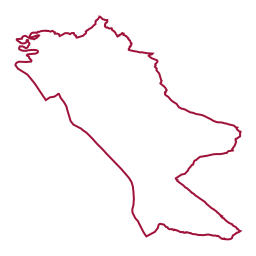 outline of Fet nor, Akershus, Norway
{"feature_id": "86288312B34896382200122", "entity_name": "Fet nor", "entity_type": "district", "adm_level": 2, "iso_a3": "NOR", "parent_name": "Norway", "parent_adm1": "Akershus", "projection": "equal_earth", "projection_center": [11.264, 59.871], "detail": "fine", "context": "isolated", "style": "outline", "palette": "rose", "viewbox_px": 256, "rotation_deg": 0, "n_neighbors": 0, "source": "geoboundaries", "source_scale": "gbopen_adm2", "svg_char_len": 5663}
<svg xmlns="http://www.w3.org/2000/svg" viewBox="0 0 256 256"><path d="M92.2,138.4L96.9,143.7L103.1,149.9L106.9,154.1L121.5,169.2L129.1,178.1L131.5,182.1L132.8,186.3L133.4,191.2L133.9,199.0L133.4,205.3L132.3,209.4L132.4,211.8L132.6,212.8L135.1,217.9L136.4,219.5L137.9,221.0L138.8,223.0L143.3,231.8L145.1,234.7L146.4,236.4L154.9,231.8L157.7,228.2L158.7,224.8L159.4,224.1L160.4,223.8L162.3,224.3L163.2,224.3L164.2,224.8L164.9,225.8L166.1,226.9L167.6,227.4L167.9,228.2L169.3,229.2L171.9,229.1L172.3,229.5L173.6,229.6L173.7,230.0L174.6,229.6L175.0,229.8L174.8,230.0L176.6,230.2L177.0,230.6L178.1,230.8L180.3,232.1L181.7,232.0L182.6,232.3L183.3,232.0L183.6,232.2L183.7,232.5L184.1,232.8L185.3,232.5L185.8,232.7L185.9,232.4L186.2,232.2L187.8,232.4L189.7,233.1L190.7,233.0L191.1,233.5L192.6,234.0L196.3,234.4L198.2,235.0L199.7,234.9L202.8,235.2L208.2,234.5L213.5,235.6L215.9,235.6L217.1,236.1L218.2,235.9L221.5,238.6L222.3,238.8L224.5,238.5L224.8,238.8L224.5,239.1L225.4,239.2L228.0,239.4L230.1,239.1L231.3,238.6L232.0,238.0L232.4,236.6L233.2,235.2L234.9,234.3L236.7,232.7L237.0,232.8L238.0,232.4L238.6,232.3L240.3,231.1L239.2,230.8L238.2,229.3L237.1,228.8L237.2,228.6L236.0,227.2L232.6,225.3L232.5,224.5L232.2,224.3L229.0,222.9L226.7,221.2L224.6,219.3L224.2,218.6L223.3,218.3L222.1,217.5L221.8,217.1L221.9,216.9L222.2,216.8L222.1,216.6L221.6,216.4L221.8,216.2L221.2,216.0L221.3,215.8L220.7,215.6L220.7,215.3L219.5,214.4L218.3,213.0L217.1,212.4L216.7,211.6L213.3,209.1L212.4,208.7L210.2,207.0L206.0,203.4L205.6,202.6L204.9,201.9L198.7,197.7L197.7,196.8L196.1,196.0L195.2,195.1L194.7,194.9L194.5,194.4L194.0,194.2L193.4,193.5L191.9,192.9L191.8,192.5L190.8,191.9L190.8,191.7L189.6,190.5L188.4,189.6L187.2,188.4L185.0,187.2L183.5,185.5L179.2,182.4L178.1,181.3L177.6,181.2L177.7,180.9L177.2,180.2L177.3,180.0L176.4,179.6L175.8,178.3L177.0,177.5L177.7,177.2L178.9,176.2L180.6,175.3L181.2,174.6L184.8,173.9L188.0,170.5L188.7,168.8L191.6,165.5L191.8,165.0L193.2,164.5L193.5,162.9L194.5,160.7L196.3,159.9L199.4,157.2L200.8,156.7L203.4,156.4L204.5,156.0L205.5,156.1L213.3,154.3L217.9,154.0L219.2,154.2L222.8,153.7L225.6,153.0L226.6,153.0L227.3,152.4L227.6,151.7L228.6,151.1L230.3,150.9L231.4,150.6L232.5,150.6L232.5,150.4L232.8,150.2L232.1,149.4L232.2,149.0L233.0,148.2L233.2,147.5L233.6,147.0L234.4,146.2L235.7,143.2L235.8,142.1L236.1,141.6L235.5,140.1L235.7,138.9L237.0,138.6L237.4,138.1L239.9,136.5L240.2,135.9L240.0,133.9L240.6,131.8L240.5,131.6L239.5,131.6L238.1,130.4L236.9,129.2L236.5,128.4L237.2,127.6L235.8,127.2L234.8,126.5L234.0,125.6L228.1,124.2L225.8,123.4L224.5,123.3L222.0,122.5L217.0,122.2L213.5,120.9L210.7,119.2L203.7,115.7L201.8,115.0L196.2,114.0L193.0,112.8L190.2,112.3L184.6,109.3L181.2,108.5L180.2,107.8L178.9,107.3L176.6,103.9L172.9,101.6L170.7,99.8L168.3,96.9L165.6,95.1L165.1,94.5L165.2,93.5L164.9,93.1L164.8,92.5L165.1,92.1L165.9,91.9L166.0,91.0L166.7,90.2L165.4,87.9L164.0,86.4L160.4,83.5L160.7,82.5L161.2,82.1L161.3,81.2L161.6,80.6L161.2,80.2L159.2,73.5L156.9,70.8L156.4,70.0L156.7,68.6L156.2,68.0L155.2,67.2L154.9,66.7L155.7,65.5L155.2,64.6L155.3,64.0L156.1,63.4L157.4,61.8L157.3,60.7L157.0,60.3L156.1,59.9L152.1,58.4L149.8,56.9L148.7,55.8L149.4,55.0L152.1,54.2L152.6,53.6L147.0,53.2L142.0,52.3L139.6,52.3L137.4,51.7L132.8,50.9L129.0,50.0L128.8,49.9L128.7,49.1L129.8,47.3L130.4,46.5L130.0,46.3L131.4,44.7L131.4,44.1L131.0,43.6L131.4,43.2L130.5,42.1L130.0,40.5L129.6,40.2L129.2,40.1L128.4,39.1L128.2,38.8L128.4,38.3L127.8,37.9L127.5,37.4L126.6,36.8L126.4,36.2L125.6,36.0L124.8,35.3L123.5,35.0L123.3,34.5L123.6,33.7L122.5,33.5L122.4,33.1L121.8,33.3L121.5,33.8L120.5,34.7L119.3,34.9L118.8,35.4L118.9,35.6L118.4,35.7L118.0,36.3L117.5,36.5L114.9,32.1L114.6,32.0L113.8,30.9L112.6,30.4L112.1,29.9L111.8,28.4L111.4,28.2L110.2,28.6L109.1,28.4L107.3,27.4L106.9,27.6L106.0,27.4L105.2,26.7L104.9,26.1L105.2,25.6L105.0,25.4L105.0,24.6L105.3,24.0L105.3,23.4L105.7,23.0L106.5,22.7L107.0,22.1L107.4,21.2L107.2,20.8L107.2,20.0L105.3,20.2L104.1,19.5L102.6,19.2L101.4,17.8L100.0,16.7L99.5,16.6L99.5,17.0L97.7,19.4L95.8,20.7L95.8,21.6L95.4,22.3L95.5,24.1L93.6,25.5L91.7,27.6L89.0,29.1L87.9,30.0L87.1,30.3L86.5,31.1L85.8,31.4L86.1,32.0L85.7,33.6L84.5,34.3L83.2,35.7L77.8,37.4L76.6,37.6L76.2,36.3L75.8,36.2L75.9,35.7L75.7,35.4L75.2,35.4L74.2,34.5L74.0,33.5L73.7,33.0L71.7,33.1L69.8,34.2L68.5,33.3L65.5,33.1L64.4,33.5L63.2,34.3L59.6,36.1L59.3,35.6L59.2,34.6L58.9,34.2L57.3,33.6L54.8,33.7L54.4,32.4L54.6,32.2L53.8,31.8L52.6,30.9L51.5,31.1L50.6,31.6L48.3,30.9L47.6,31.0L46.5,30.7L46.4,30.9L44.0,30.7L40.7,31.2L39.1,31.9L38.0,31.8L37.4,32.2L37.5,32.4L37.3,32.7L36.5,32.9L35.5,32.5L34.3,32.8L33.1,32.6L31.7,33.1L30.9,33.8L29.8,36.0L29.8,36.5L30.5,37.0L31.9,37.3L37.2,35.4L38.1,35.2L38.9,35.3L39.1,35.5L36.8,37.8L34.1,39.2L33.7,39.3L32.7,38.7L31.1,38.7L29.5,38.2L26.0,36.1L25.0,35.8L23.8,36.1L22.7,36.8L21.9,38.0L21.9,38.7L16.8,39.2L16.7,39.8L17.5,40.7L20.5,42.6L20.5,42.9L22.6,43.5L24.5,43.3L25.9,42.7L26.4,42.1L26.6,40.7L26.9,40.1L27.8,40.0L28.1,40.8L27.9,41.2L28.0,41.7L29.4,43.3L29.5,43.9L29.2,44.6L27.9,46.5L27.7,47.2L27.0,47.8L26.0,48.1L25.4,48.0L24.2,47.1L22.5,46.4L19.9,46.4L19.6,46.8L19.1,48.2L19.2,49.1L19.7,49.5L21.9,50.5L23.4,50.8L26.0,50.8L28.2,50.3L31.6,49.9L35.5,50.0L37.3,50.5L37.9,51.1L37.9,51.6L37.9,52.0L37.5,52.7L35.6,53.6L28.9,54.2L27.8,54.4L27.0,54.9L26.8,55.4L27.1,55.7L28.5,56.3L29.0,56.8L29.3,58.2L31.3,60.2L31.5,60.8L31.0,61.6L26.2,62.0L19.0,61.7L17.7,62.1L16.3,63.1L15.7,64.0L15.4,65.2L18.0,68.7L27.5,74.6L34.8,83.6L45.8,100.1L49.9,97.4L54.5,96.6L55.5,96.0L58.2,93.9L58.6,93.8L59.0,94.0L60.6,97.8L64.3,102.7L66.5,106.6L67.2,109.6L70.6,121.0L73.4,124.6L81.1,128.6L82.7,130.1L86.4,132.6L92.2,138.4Z" fill="none" stroke="#9f1239" stroke-width="2"/></svg>